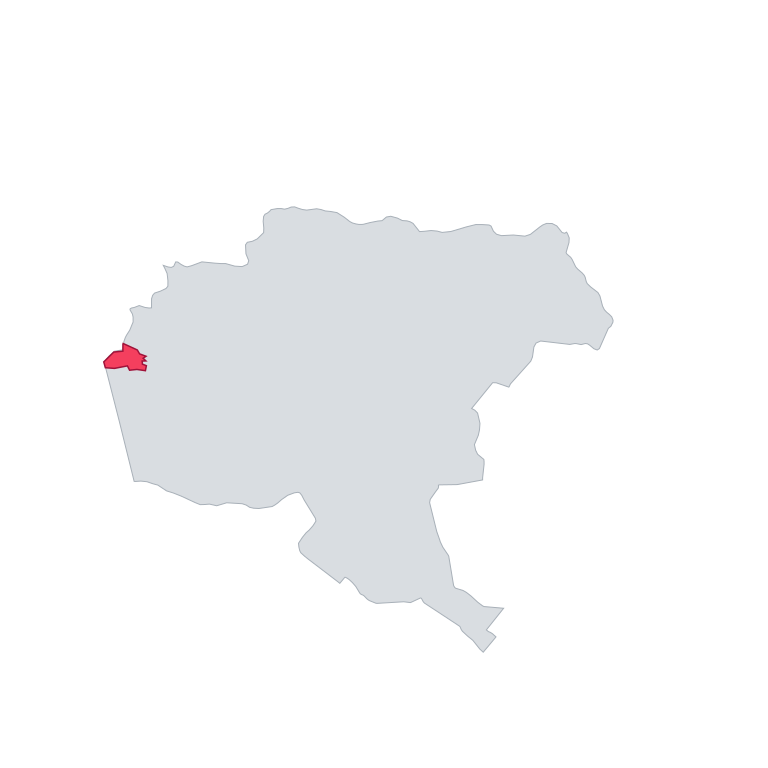 Ikotos, Eastern Equatoria, South Sudan (highlighted), rotated 129°
{"feature_id": "79223893B75846050285915", "entity_name": "Ikotos", "entity_type": "district", "adm_level": 2, "iso_a3": "SSD", "parent_name": "South Sudan", "parent_adm1": "Eastern Equatoria", "projection": "equal_earth", "projection_center": [33.072, 4.082], "detail": "fine", "context": "in_parent", "style": "filled", "palette": "rose", "viewbox_px": 768, "rotation_deg": 129, "n_neighbors": 0, "source": "geoboundaries", "source_scale": "gbopen_adm2", "svg_char_len": 4085}
<svg xmlns="http://www.w3.org/2000/svg" viewBox="0 0 768 768"><g transform="rotate(129 384 384)"><path d="M562.7,588.9L545.5,612.0L544.3,613.4L542.2,615.2L535.3,615.3L528.1,614.1L521.5,608.2L514.8,612.8L510.6,614.3L508.1,614.8L502.1,615.5L493.7,618.0L489.9,621.1L487.9,623.6L486.2,628.1L485.3,628.6L483.8,628.0L481.6,626.2L477.1,623.6L474.9,617.9L472.8,614.4L471.1,612.6L464.0,618.3L460.6,619.6L457.7,619.5L452.6,616.2L446.9,613.5L444.0,613.5L439.6,617.0L434.6,622.1L432.0,627.2L430.7,630.2L429.0,625.6L427.3,622.7L424.9,621.5L420.2,622.7L419.0,621.0L418.8,617.1L418.1,613.4L416.9,610.7L413.2,608.0L403.7,602.4L396.4,591.3L392.8,586.2L390.1,582.9L386.3,574.1L382.0,568.1L376.8,565.4L373.3,566.7L369.7,573.2L363.0,579.2L359.9,579.4L355.9,576.1L351.0,573.8L342.1,572.8L338.4,575.6L333.6,580.3L329.5,583.0L326.9,583.3L324.6,582.2L321.9,581.6L319.6,581.5L314.8,577.3L312.3,574.2L310.7,571.3L308.0,569.2L304.9,567.5L302.6,564.9L301.5,561.6L299.8,557.3L297.5,553.5L290.2,546.6L288.0,542.6L286.5,538.6L283.6,534.2L280.4,528.4L279.4,519.8L279.3,512.9L278.7,509.8L277.3,506.6L275.8,503.9L273.2,500.8L267.3,496.4L261.2,491.3L258.3,488.3L252.7,487.2L249.4,484.3L246.6,477.9L245.5,472.7L242.7,468.7L241.5,465.8L240.9,462.5L243.2,452.3L239.9,448.7L235.1,444.0L231.7,438.9L229.6,434.2L223.4,428.0L210.0,418.8L202.2,412.9L198.0,407.6L194.3,402.4L193.9,400.2L196.4,395.1L196.8,390.8L194.8,386.1L186.8,377.2L180.4,367.5L175.6,364.4L163.8,361.7L160.5,360.7L157.0,358.8L153.5,354.4L152.4,349.2L154.2,340.9L153.1,338.4L151.1,337.7L151.7,336.0L153.9,332.0L157.6,329.3L167.3,325.2L167.9,323.7L168.1,318.5L168.9,316.0L172.3,308.8L172.8,305.9L173.0,299.8L173.5,296.9L174.4,294.9L177.1,291.3L178.1,289.2L178.5,284.5L178.3,275.3L179.7,271.6L185.9,263.2L187.6,259.5L188.1,256.1L188.1,252.7L188.5,249.3L190.3,246.1L191.9,245.0L196.4,244.0L199.5,244.7L220.9,238.9L223.4,239.7L224.5,243.1L224.4,248.5L224.7,251.2L225.9,253.1L229.3,255.6L231.6,260.0L232.8,261.5L236.3,264.5L252.0,289.3L256.5,291.6L260.9,290.8L269.6,285.6L273.9,284.3L304.3,285.8L307.6,285.0L307.9,285.1L312.4,297.5L314.6,300.4L347.9,300.5L347.2,297.0L347.7,293.0L353.6,285.4L354.4,284.5L359.6,280.9L364.6,278.4L374.2,275.6L377.8,271.1L379.7,267.0L379.8,258.9L381.1,257.6L383.4,255.7L394.6,248.5L396.5,247.0L416.1,263.8L427.2,277.1L427.8,277.7L428.4,278.0L429.0,277.5L429.5,276.9L430.8,276.3L435.6,276.1L444.5,275.5L447.5,273.9L465.5,250.1L470.1,242.6L471.2,241.0L473.8,235.6L476.6,226.4L477.1,225.3L496.8,203.1L497.5,201.4L497.7,200.0L494.7,192.5L494.1,188.7L494.0,182.9L494.6,173.8L494.4,168.1L494.1,166.5L494.0,166.2L483.0,149.9L510.7,149.7L510.7,147.7L510.7,147.0L510.1,145.1L509.8,142.5L509.9,141.0L510.0,139.7L510.0,139.0L509.9,138.3L510.0,138.0L510.1,137.8L530.0,138.1L529.7,142.7L527.3,153.6L527.3,160.1L526.8,167.5L526.1,169.7L525.1,171.5L524.7,172.4L524.7,173.2L528.8,214.8L528.5,216.5L527.4,219.1L527.1,220.0L527.1,220.6L527.5,221.1L536.7,225.6L537.2,225.9L537.5,226.3L540.8,231.6L558.9,251.4L559.5,252.4L561.4,258.6L561.6,259.5L561.7,261.0L561.7,262.2L561.2,265.9L561.3,267.6L561.7,268.7L561.9,270.0L561.9,270.4L561.7,271.3L559.1,278.5L558.2,283.6L557.9,287.9L558.1,290.4L558.4,292.0L558.7,292.6L558.9,292.8L566.7,292.9L566.7,295.2L567.8,332.9L567.8,337.1L567.5,342.4L566.6,344.5L564.3,347.5L561.6,350.2L554.5,350.9L548.6,350.9L544.5,350.2L538.8,350.0L533.4,350.6L531.5,352.9L524.4,373.0L522.2,378.0L521.6,380.9L522.3,382.7L525.0,385.2L531.1,388.8L538.1,390.8L543.3,391.7L546.8,392.7L549.6,393.8L559.5,402.9L562.6,407.2L564.4,410.9L564.8,414.9L566.3,418.9L575.3,431.5L583.9,437.4L587.2,444.1L590.4,447.4L593.4,450.9L595.0,456.1L598.8,471.2L601.3,479.2L603.9,485.7L604.9,496.2L607.0,500.9L609.1,506.7L612.5,511.9L616.2,515.9L616.9,516.9L579.6,566.2L562.7,588.9Z" fill="#d9dde1" stroke="#a8b0b8" stroke-width="1"/><path d="M516.7,612.2L517.4,611.9L522.8,607.6L529.2,614.1L543.2,615.7L546.7,610.8L541.5,603.3L531.4,594.8L533.4,590.4L528.2,585.2L523.8,577.8L519.3,580.2L520.6,584.2L518.4,586.4L515.9,583.6L515.6,587.4L512.2,586.4L514.4,592.9L512.8,597.1L515.3,606.9L516.7,612.2Z" fill="#f43f5e" stroke="#9f1239" stroke-width="1.5"/></g></svg>